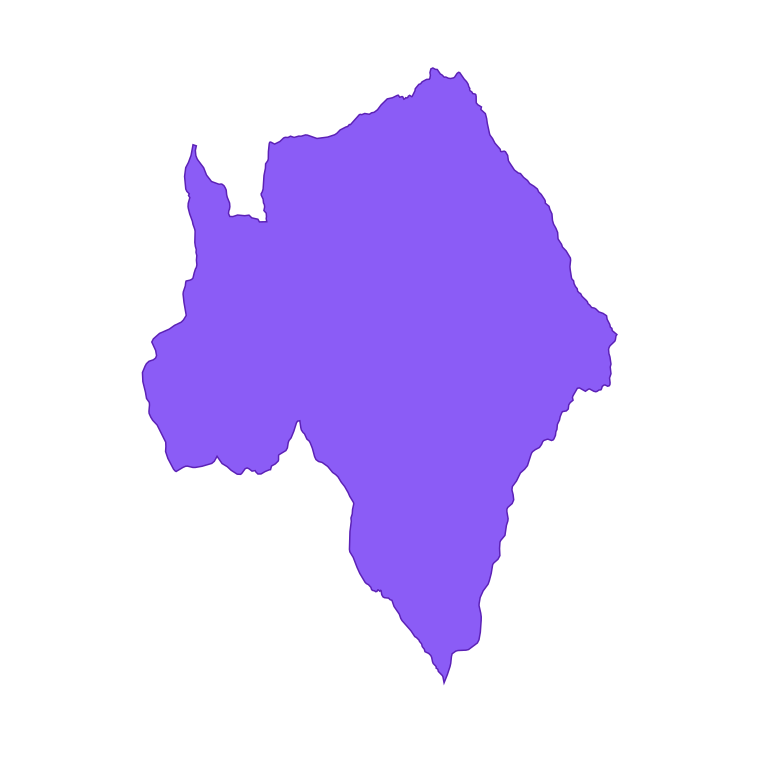 the district of Cácota, Norte de Santander, Colombia, rotated 351°
{"feature_id": "7082276B39579248859745", "entity_name": "Cácota", "entity_type": "district", "adm_level": 2, "iso_a3": "COL", "parent_name": "Colombia", "parent_adm1": "Norte de Santander", "projection": "equal_earth", "projection_center": [-72.647, 7.261], "detail": "fine", "context": "isolated", "style": "filled", "palette": "violet", "viewbox_px": 768, "rotation_deg": 351, "n_neighbors": 0, "source": "geoboundaries", "source_scale": "gbopen_adm2", "svg_char_len": 6143}
<svg xmlns="http://www.w3.org/2000/svg" viewBox="0 0 768 768"><g transform="rotate(351 384 384)"><path d="M621.8,371.6L617.8,367.0L617.8,364.7L616.5,363.3L616.3,360.5L614.5,355.0L614.5,351.4L611.4,348.5L607.5,346.4L605.0,343.0L603.8,342.0L601.0,340.9L599.6,338.3L598.1,336.6L597.7,334.5L597.0,333.3L593.3,328.4L592.3,325.4L591.2,324.7L589.8,322.7L589.7,320.0L588.3,317.6L587.4,314.5L587.4,311.7L586.2,310.0L585.8,308.7L585.8,299.9L586.0,297.1L587.7,290.9L587.8,288.7L584.7,281.0L581.7,276.7L581.2,273.8L578.6,267.9L579.2,261.5L578.2,257.2L576.5,252.6L576.0,248.8L576.5,242.3L575.1,237.4L574.8,234.3L571.6,230.6L571.9,228.6L571.5,227.0L568.9,221.3L566.8,218.5L566.0,215.4L563.0,212.1L559.2,208.8L557.6,205.5L554.2,201.8L551.7,197.5L549.6,196.6L546.3,193.1L542.3,184.3L541.8,182.8L541.9,177.6L540.3,173.6L539.1,172.8L536.5,172.9L535.6,172.5L535.5,170.3L531.2,163.4L529.6,158.5L527.7,154.9L527.4,153.5L526.8,142.6L526.9,137.9L526.4,132.8L522.6,128.0L523.6,125.6L520.4,122.9L519.1,120.7L520.0,114.3L519.9,112.5L519.4,111.9L517.1,111.0L516.4,109.2L514.9,107.8L514.6,106.6L515.0,105.5L514.2,103.5L514.0,101.1L512.8,98.2L510.9,95.4L507.5,88.3L506.4,87.8L504.7,88.7L501.8,91.9L500.7,92.5L497.7,92.7L495.5,92.1L493.1,90.5L491.6,90.4L491.1,89.9L489.9,88.1L488.1,86.5L485.8,81.7L483.9,81.2L481.7,79.5L479.6,80.1L478.1,83.6L478.1,86.4L477.1,89.3L476.4,90.1L473.7,89.8L468.9,91.5L467.1,93.2L465.3,93.5L461.1,97.2L460.4,99.3L456.7,104.5L456.2,104.5L454.5,102.9L453.1,103.5L452.2,104.8L451.0,105.0L450.2,104.6L449.2,105.5L448.2,105.8L447.4,103.2L446.8,102.9L444.4,103.2L443.3,101.0L442.3,101.0L437.1,102.6L431.8,102.9L424.8,107.9L420.5,112.1L416.8,114.1L414.1,114.2L411.7,115.3L407.3,113.8L404.1,114.5L403.0,114.0L401.8,114.1L391.4,122.6L390.3,122.3L388.4,124.0L386.5,124.2L380.4,126.2L376.7,129.0L374.3,130.1L367.0,131.3L356.2,131.0L347.3,126.2L345.4,125.7L340.8,126.3L338.6,125.8L333.8,126.4L330.4,124.6L327.8,125.5L325.0,124.9L323.3,125.3L319.1,128.2L313.5,129.9L309.9,127.3L308.9,127.4L308.2,128.8L306.2,136.3L304.9,143.7L304.1,145.3L301.5,148.0L300.6,152.4L298.1,159.2L295.1,172.5L293.8,175.2L292.4,176.9L292.3,178.3L293.5,182.5L293.3,186.3L293.9,188.2L293.8,190.5L292.5,193.9L294.4,196.9L294.1,200.3L293.5,202.2L293.6,205.4L286.3,204.4L285.2,201.5L279.4,199.2L277.1,196.1L272.8,196.0L265.8,194.2L260.9,195.0L257.9,194.4L257.1,191.3L257.9,188.4L258.6,187.5L259.5,184.8L259.8,181.1L258.4,175.0L258.2,172.4L258.5,167.8L257.9,165.5L257.0,163.2L255.5,161.5L254.5,161.0L252.3,160.9L245.3,157.0L241.4,149.9L239.7,142.2L235.3,133.9L234.6,132.2L233.9,129.0L234.2,123.8L235.9,119.4L232.8,117.8L229.2,128.0L225.5,134.6L222.0,139.3L219.5,147.8L218.7,160.4L219.4,162.9L221.4,165.7L220.4,167.2L221.4,169.5L218.9,174.9L218.2,178.2L218.2,180.1L218.7,185.6L220.2,193.3L220.3,196.3L221.3,201.8L221.3,203.7L219.3,214.6L219.2,218.6L219.6,221.8L218.9,224.6L219.2,227.9L218.1,232.3L217.8,237.1L216.9,239.5L215.8,240.8L213.9,244.6L211.9,249.5L210.4,250.6L208.5,251.1L204.7,251.3L204.1,252.4L203.1,256.0L200.2,261.6L199.6,263.8L199.2,272.2L199.4,285.3L195.9,289.4L193.4,291.2L186.3,293.3L180.5,296.2L170.2,298.9L163.3,303.3L161.2,306.2L163.7,315.1L163.8,320.4L162.5,322.6L160.0,324.0L155.4,324.8L152.6,326.7L150.8,329.0L147.2,334.9L146.2,344.0L147.1,354.6L147.2,361.2L149.3,365.5L149.1,368.1L147.6,374.1L147.4,376.3L148.5,380.4L149.9,383.7L153.5,389.0L159.3,407.3L158.8,411.6L157.7,416.5L158.9,423.7L162.8,435.2L164.0,437.1L165.0,437.9L172.5,434.9L175.2,434.2L177.1,434.4L182.1,436.5L184.4,436.9L191.4,436.8L201.5,435.5L204.3,433.8L207.8,429.3L211.6,437.2L216.3,441.2L219.5,445.3L224.9,450.1L228.3,450.8L229.7,449.9L233.7,445.9L235.7,445.5L237.4,446.6L240.0,449.4L243.2,449.4L243.7,450.9L245.4,453.2L248.5,453.6L252.8,451.9L257.3,450.8L258.5,450.9L260.1,447.4L264.2,445.9L267.4,443.6L268.0,442.4L268.7,438.0L269.3,437.4L276.7,434.4L278.6,432.0L280.2,427.0L281.3,425.0L283.8,422.7L287.5,416.6L291.5,408.6L292.8,407.2L295.1,407.1L295.0,414.2L295.2,416.5L296.4,419.1L297.7,420.8L299.2,426.3L301.3,428.8L302.0,430.9L303.2,436.3L304.1,444.9L305.0,448.0L307.2,450.3L310.6,451.8L315.5,456.6L319.4,463.3L322.1,465.9L324.0,468.4L326.5,474.5L329.1,479.1L331.6,485.7L332.6,489.6L335.3,496.2L335.4,497.6L333.3,503.0L332.3,507.4L330.4,511.2L330.2,514.5L327.3,524.4L324.0,541.9L324.0,544.4L326.5,550.5L328.7,560.9L330.5,567.4L334.3,576.9L335.4,578.4L337.3,579.8L339.2,582.7L339.6,585.2L340.8,586.3L342.2,586.7L343.2,587.8L344.5,587.8L345.7,586.4L346.2,586.5L347.4,588.0L348.5,587.3L348.8,587.7L348.8,591.7L349.7,594.1L351.0,595.1L355.0,596.2L356.3,598.0L358.0,598.9L359.1,605.3L363.1,613.7L363.9,618.2L364.8,620.5L372.0,631.9L374.9,638.3L376.4,639.5L378.5,642.4L378.8,643.8L380.5,646.6L380.7,649.4L382.3,652.2L382.6,654.8L386.0,657.1L387.7,659.4L388.3,661.5L388.5,665.9L388.9,667.8L391.2,671.1L391.3,671.9L391.0,672.7L392.5,674.1L392.7,676.4L396.0,681.1L396.4,682.3L396.6,688.5L401.2,680.8L405.0,673.4L406.2,670.4L408.0,663.7L409.1,661.1L413.0,659.1L415.3,658.8L423.4,659.7L426.0,659.5L435.7,654.4L437.8,651.5L440.3,644.3L443.0,632.6L443.6,629.2L443.7,625.5L443.2,617.7L443.6,615.8L445.6,609.9L449.6,603.8L455.5,598.0L457.2,594.9L460.3,587.8L463.1,579.3L464.6,577.8L469.1,575.0L471.6,571.7L472.4,564.5L473.8,558.3L474.8,556.8L479.8,552.4L482.8,542.8L484.9,538.6L485.5,536.4L485.4,529.1L485.8,526.9L486.9,525.3L491.9,522.1L494.0,518.7L494.2,513.5L493.8,508.7L494.7,505.4L499.7,500.5L504.8,493.2L509.6,490.1L512.9,487.1L518.1,476.8L519.2,475.0L520.3,474.0L523.2,472.5L527.6,471.0L530.2,468.3L531.7,465.8L533.0,464.8L536.6,464.1L537.6,464.3L540.6,466.0L542.3,465.7L543.2,464.9L545.3,461.6L546.3,458.0L547.7,455.9L548.9,451.1L551.7,447.0L552.9,443.8L554.8,440.6L555.9,439.2L559.9,439.1L562.1,437.5L563.2,433.5L565.0,431.5L568.2,429.6L568.0,426.8L568.7,425.4L574.3,418.5L576.4,418.4L581.8,422.7L585.1,421.1L586.2,421.0L590.1,424.0L592.0,424.8L593.3,424.6L595.4,423.6L597.3,423.7L598.1,422.8L599.2,420.5L601.1,419.5L602.3,419.6L604.6,421.2L606.3,420.9L607.1,419.8L607.5,418.1L607.7,413.3L609.8,409.4L610.1,402.6L611.3,399.9L611.4,392.6L610.9,389.2L611.2,385.0L611.9,383.3L613.2,381.6L618.7,377.8L619.5,376.4L620.6,372.9L621.8,371.6Z" fill="#8b5cf6" stroke="#5b21b6" stroke-width="1.5"/></g></svg>